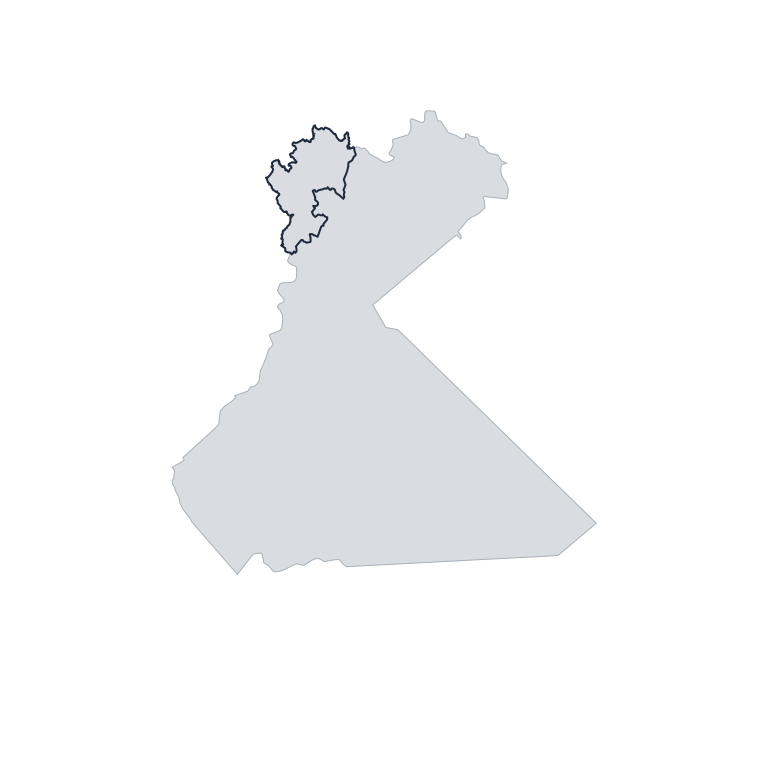 Sikasso on a map of Mali (Robinson projection), rotated 140°
{"feature_id": "MLI-2794", "entity_name": "Sikasso", "entity_type": "Region", "adm_level": 1, "iso_a3": "MLI", "parent_name": "Mali", "parent_adm1": "", "projection": "robinson", "projection_center": [-6.512, 11.478], "detail": "fine", "context": "in_parent", "style": "outline", "palette": "slate", "viewbox_px": 768, "rotation_deg": 140, "n_neighbors": 0, "source": "natural_earth", "source_scale": "10m", "svg_char_len": 9780}
<svg xmlns="http://www.w3.org/2000/svg" viewBox="0 0 768 768"><g transform="rotate(140 384 384)"><path d="M173.2,553.0L173.4,550.6L171.5,548.9L171.5,548.0L172.6,540.9L172.5,539.0L173.3,535.4L172.0,533.8L171.7,532.6L168.8,528.0L167.8,524.0L166.3,521.4L162.8,520.6L161.5,522.8L160.7,523.2L159.4,521.6L158.9,520.2L158.9,519.0L154.3,512.8L154.7,509.5L156.4,507.7L157.1,504.9L155.4,501.6L155.7,498.4L155.4,494.0L152.8,490.2L151.0,488.5L149.5,485.8L150.7,479.6L148.1,474.3L153.1,476.4L155.5,474.4L157.8,471.8L159.8,468.2L160.7,463.8L161.1,460.0L163.1,454.1L165.5,451.3L170.5,447.2L171.9,447.6L180.0,456.3L184.6,460.8L186.3,463.1L187.8,463.1L190.1,458.8L192.5,455.1L193.5,454.2L201.7,453.7L206.0,454.4L209.7,455.5L215.1,455.8L229.3,453.1L229.5,451.3L229.3,449.2L229.9,447.7L231.1,446.2L232.1,445.9L232.5,450.9L233.7,451.6L237.0,451.8L341.8,451.8L346.2,426.1L338.5,416.7L310.9,140.9L360.8,140.8L369.4,147.1L530.3,268.3L531.1,272.2L531.0,277.6L532.2,279.3L534.6,281.0L543.7,286.2L544.4,287.2L544.8,289.4L545.9,292.0L547.9,293.5L550.1,294.7L552.9,295.5L561.1,296.3L562.9,297.5L566.5,302.3L568.5,303.2L579.6,305.8L583.2,307.1L587.2,309.3L589.3,311.3L589.3,318.8L590.9,323.7L590.9,324.9L589.2,326.9L588.8,328.3L586.8,332.2L587.2,333.7L591.1,336.7L593.0,337.5L595.2,337.5L618.7,332.4L619.9,402.7L619.0,403.8L618.6,416.3L617.0,423.6L614.0,429.0L612.2,437.1L611.1,438.7L610.3,443.3L608.6,446.0L605.6,447.1L600.2,452.2L599.8,456.4L587.1,454.1L586.2,454.2L585.7,454.7L585.4,456.9L552.8,458.2L536.8,459.1L526.8,468.6L520.3,469.5L512.1,468.7L507.9,468.7L506.2,469.2L505.9,471.0L492.9,466.1L488.1,467.6L487.3,467.1L486.6,466.1L484.3,465.5L480.6,465.8L477.9,466.5L469.7,474.0L465.2,475.9L457.0,480.3L451.2,484.1L449.1,484.9L445.9,485.0L443.3,485.8L440.9,494.4L439.3,495.3L429.4,491.8L427.4,492.3L425.7,493.3L420.2,498.4L417.5,502.4L416.0,507.8L416.3,511.3L415.3,512.3L412.8,512.6L408.2,511.5L406.8,512.0L406.2,514.6L406.3,520.4L405.3,524.3L402.6,525.6L400.5,527.1L398.9,527.5L397.5,527.2L389.5,521.3L386.8,520.4L383.8,521.0L381.0,523.5L375.9,529.6L376.4,531.8L377.8,534.3L378.9,537.5L378.8,540.3L371.5,544.3L373.2,547.2L373.1,555.2L369.7,558.9L368.5,561.2L365.3,563.8L362.5,565.2L353.6,567.3L350.1,569.9L348.4,571.9L348.0,574.1L348.3,576.6L350.1,581.9L349.5,586.7L348.1,592.3L346.7,594.7L342.6,597.6L343.2,601.3L343.6,606.5L343.0,613.2L341.7,617.8L340.7,617.3L336.8,617.6L332.5,619.0L331.0,620.1L330.6,621.7L327.0,625.4L324.6,625.1L322.3,624.1L321.1,623.2L321.0,622.6L322.4,619.6L322.5,618.6L321.1,613.5L321.3,612.2L320.8,608.2L320.5,608.0L315.7,609.7L315.5,610.5L316.3,613.0L315.8,613.4L314.1,613.4L311.7,612.5L309.2,610.2L308.5,611.0L308.2,612.8L308.1,615.0L308.7,618.9L308.0,620.3L304.0,620.1L300.6,620.5L299.8,621.9L299.4,623.5L300.2,625.2L300.1,626.0L298.7,627.0L298.1,627.0L296.2,625.1L288.8,623.2L288.1,620.6L287.3,620.6L284.9,617.3L283.9,617.4L283.0,617.9L280.2,617.7L277.7,620.5L275.8,624.0L273.8,625.7L270.7,626.4L271.2,624.2L270.2,621.2L263.8,617.4L262.8,615.8L261.1,607.2L261.2,604.7L261.6,602.4L261.5,600.6L260.8,599.3L258.8,598.0L256.8,597.4L254.3,599.1L253.0,599.4L251.9,599.3L251.3,598.7L251.4,597.8L254.2,593.2L255.5,591.3L258.3,589.0L259.0,587.9L259.0,587.0L258.8,586.4L257.0,585.5L254.1,583.4L252.6,583.1L251.4,582.1L250.0,578.8L249.4,578.1L248.1,577.8L246.9,577.0L247.0,568.8L244.3,562.7L241.8,554.9L240.6,553.1L238.4,551.5L235.6,550.5L233.2,550.2L230.5,551.1L230.5,551.8L232.0,554.3L232.3,555.7L232.0,557.0L231.5,557.9L227.8,558.8L222.9,561.6L221.3,564.9L220.1,565.3L218.2,564.9L205.2,559.3L199.7,561.7L196.1,566.6L195.3,568.2L193.6,569.6L192.7,569.6L191.7,568.6L187.9,561.3L186.3,559.5L184.2,559.5L182.5,560.7L180.6,563.2L178.3,565.5L176.9,566.1L175.6,565.8L170.2,560.8L169.9,559.8L172.4,553.9L173.2,553.0Z" fill="#d9dde1" stroke="#a8b0b8" stroke-width="1"/><path d="M372.0,542.8L371.7,542.8L371.4,542.9L371.2,544.6L371.5,545.1L372.7,546.2L373.2,546.7L373.8,548.2L374.1,548.7L374.2,548.8L374.1,549.4L373.7,550.0L372.6,551.2L372.4,552.0L373.4,554.8L373.7,556.2L372.9,556.4L372.1,555.5L371.7,555.6L371.4,555.8L371.2,556.8L371.2,557.3L368.6,559.8L369.3,561.4L369.0,561.7L368.1,561.8L367.1,562.4L366.8,563.1L366.8,563.6L366.6,564.0L366.0,564.3L365.2,564.3L364.9,564.3L364.6,564.6L363.9,565.8L363.5,566.0L362.7,566.2L362.2,566.4L361.7,565.8L361.1,565.8L359.8,566.3L359.2,566.3L358.6,566.2L358.0,566.1L357.4,566.4L356.8,566.8L356.5,566.9L354.1,566.9L352.7,567.8L351.9,568.1L351.4,568.5L350.7,569.5L349.5,570.5L349.0,571.4L348.8,571.6L348.6,571.6L348.1,571.3L347.9,571.3L347.5,571.6L346.5,571.8L346.2,572.1L345.4,571.8L344.8,571.9L344.8,572.0L345.0,572.4L345.9,573.0L346.0,573.1L346.5,573.0L347.1,573.1L348.1,573.7L348.4,574.2L348.7,574.8L348.6,576.1L348.4,577.4L347.8,578.4L347.9,578.8L348.1,579.1L348.9,579.2L350.0,580.1L350.2,581.3L350.2,584.0L350.4,585.2L350.2,585.5L349.6,585.8L349.1,586.2L349.0,586.8L349.2,590.2L349.2,590.8L348.8,591.4L347.9,592.5L347.6,593.2L347.4,594.6L347.2,595.0L346.5,595.5L345.5,595.9L342.6,596.3L342.2,596.6L342.1,597.1L342.5,599.1L342.3,600.0L342.9,599.8L343.3,600.7L343.9,603.0L344.2,603.7L344.3,604.1L343.9,606.0L343.9,606.6L343.5,606.9L343.3,607.1L343.1,607.6L342.9,609.3L343.0,610.4L343.5,610.6L343.2,610.9L343.0,611.5L343.0,612.0L343.3,612.5L342.9,614.2L342.1,615.7L341.9,617.3L341.7,617.8L340.9,617.5L340.3,617.0L339.9,616.9L339.7,616.9L338.9,617.1L337.3,617.3L333.5,618.2L331.5,619.4L331.0,619.8L330.7,620.3L330.6,620.9L330.7,622.7L330.4,623.0L329.0,622.5L328.7,622.8L328.6,623.6L328.4,624.3L328.1,624.9L327.5,625.5L324.9,625.5L322.8,624.7L322.4,624.4L321.8,623.6L321.5,623.4L321.1,623.5L321.0,622.3L321.1,621.8L321.4,621.4L321.8,621.7L322.0,621.6L322.1,621.4L322.0,620.9L322.7,620.0L322.3,619.6L322.3,619.0L322.8,618.0L322.3,617.4L322.2,617.0L322.3,616.8L322.6,616.0L322.5,615.7L322.3,615.5L321.8,615.6L321.6,615.5L321.1,615.0L320.9,614.9L320.6,615.0L320.5,614.9L320.5,614.4L320.6,614.1L321.1,613.7L321.3,613.4L321.4,613.0L321.1,612.2L321.3,611.9L321.9,611.5L322.1,611.1L322.0,610.9L321.7,610.6L320.9,610.2L320.8,609.9L320.9,608.6L320.9,608.1L320.6,608.0L319.9,608.1L319.2,608.4L318.7,608.8L318.1,609.1L316.8,609.0L316.2,609.0L315.7,609.3L315.5,609.9L315.4,611.2L315.6,611.6L316.3,612.0L316.5,612.3L316.4,613.1L315.8,613.5L315.1,613.7L314.5,613.6L313.0,613.3L312.5,613.1L311.3,612.4L310.8,611.9L310.3,611.5L309.7,610.4L309.4,610.1L308.7,610.3L308.8,610.4L308.3,611.2L308.2,611.8L308.1,612.4L308.3,613.2L308.2,614.7L307.9,615.8L308.0,616.3L308.3,617.0L309.2,617.3L309.3,617.6L309.3,617.9L308.9,618.7L308.7,619.9L308.5,620.3L307.8,620.6L307.2,620.5L306.1,619.8L305.5,619.5L304.8,619.6L303.2,620.5L302.6,620.6L301.0,620.3L300.3,620.4L300.0,620.9L299.3,623.5L299.3,623.9L300.0,624.5L300.3,624.8L300.4,625.7L300.0,626.4L299.4,626.9L298.7,627.1L298.0,627.2L297.5,626.6L297.1,625.9L296.6,625.3L296.1,625.0L293.3,624.1L291.0,623.7L289.2,623.6L288.7,623.5L288.5,623.1L288.5,622.3L288.7,621.0L288.5,620.5L287.8,620.4L286.8,620.8L286.4,620.8L286.4,619.9L285.8,618.7L285.8,617.7L285.6,617.3L285.4,617.0L285.1,616.8L284.8,616.7L284.4,616.7L283.7,617.7L283.5,618.0L283.2,618.1L282.4,618.1L281.7,618.0L280.7,617.3L280.1,617.4L279.9,617.7L279.7,618.4L279.4,618.5L279.1,618.5L278.8,618.6L278.4,618.9L278.4,619.2L278.0,619.4L278.4,619.8L278.0,620.4L277.4,620.8L276.8,620.9L277.2,621.5L276.9,622.2L276.8,622.6L276.6,622.9L276.2,623.2L276.0,623.8L275.3,624.8L274.8,625.3L273.8,625.5L273.0,626.2L272.5,626.5L271.9,626.6L271.3,626.7L270.7,626.4L271.3,624.9L271.5,624.1L271.4,623.3L271.0,621.7L270.5,621.0L270.0,620.6L268.4,620.5L267.7,620.4L267.1,619.9L267.0,619.5L266.9,618.7L266.8,618.3L266.5,617.7L266.3,617.7L265.7,618.0L265.0,618.2L264.4,618.2L263.8,617.9L263.1,616.4L262.3,615.0L261.9,614.1L261.5,607.7L261.4,607.1L260.6,606.8L260.7,606.1L261.3,604.3L261.7,603.7L261.7,603.1L261.7,599.7L261.5,599.0L261.1,598.2L260.5,597.6L259.8,597.2L259.5,597.2L258.9,597.6L258.7,597.6L257.9,597.4L257.0,597.5L256.4,597.3L255.9,597.3L255.2,599.0L254.9,599.5L254.4,599.9L253.9,600.1L253.4,600.2L252.4,600.1L251.8,600.1L251.3,600.4L250.9,600.6L250.4,600.2L250.3,599.7L250.4,599.1L250.9,598.2L252.2,596.7L252.6,596.0L252.5,595.0L252.8,594.6L253.0,594.5L253.6,594.5L253.8,594.4L254.1,593.8L254.3,592.7L254.6,592.1L255.6,591.5L256.1,591.4L256.2,591.1L256.0,590.6L256.3,589.9L256.6,589.7L257.7,590.0L258.2,590.0L258.8,590.0L259.3,589.8L259.6,589.4L259.8,588.5L259.5,588.4L259.0,588.5L258.5,588.3L258.2,587.9L258.6,587.4L259.2,587.1L259.7,587.0L259.1,586.4L258.2,585.9L256.5,585.3L255.7,585.3L255.3,585.1L255.1,584.7L255.0,584.1L255.4,583.7L256.5,582.1L258.1,578.0L259.1,577.4L260.9,577.5L264.6,575.9L266.0,575.9L268.5,576.5L269.5,575.9L271.6,573.5L272.3,573.2L274.5,571.4L277.7,569.4L282.7,566.9L283.6,566.1L284.7,563.1L285.4,561.4L286.2,560.9L289.0,559.3L290.1,558.8L290.5,558.0L290.9,556.3L291.9,555.8L293.1,554.9L294.3,552.7L295.9,552.1L296.2,553.0L296.7,556.6L297.8,560.6L297.9,561.8L296.9,564.1L297.0,565.9L298.0,567.0L298.8,567.4L300.1,567.0L300.7,567.7L300.7,570.8L302.2,570.5L302.9,570.8L303.8,572.0L305.9,572.6L309.6,574.5L312.1,574.6L312.6,575.2L312.4,577.1L313.6,577.7L314.5,577.6L315.1,576.0L316.2,572.7L316.6,571.3L318.4,569.4L318.0,566.9L318.0,565.4L319.3,563.9L320.7,563.7L322.2,564.4L323.6,565.8L323.9,565.5L323.8,563.2L324.6,562.8L325.5,562.8L327.4,562.2L328.5,562.3L329.5,559.3L329.4,556.4L328.5,556.0L325.9,556.2L325.0,555.7L324.4,554.3L322.9,552.9L321.9,553.1L321.9,552.3L321.5,551.1L321.4,549.8L320.4,548.1L321.9,546.5L327.8,545.4L328.5,544.2L328.8,544.2L329.6,544.8L330.9,544.9L335.3,542.4L340.0,539.5L340.4,539.8L341.4,542.2L342.2,542.9L342.5,544.7L344.2,546.4L345.0,546.1L345.8,544.0L348.1,540.9L348.9,540.2L349.5,540.4L352.5,541.9L352.8,543.2L353.9,544.7L353.8,546.7L354.8,547.4L362.0,546.2L363.1,545.9L363.7,544.6L365.5,542.0L367.3,541.5L367.8,543.3L368.5,543.2L369.0,542.7L371.5,542.6L372.0,542.8Z" fill="none" stroke="#1e293b" stroke-width="2"/></g></svg>